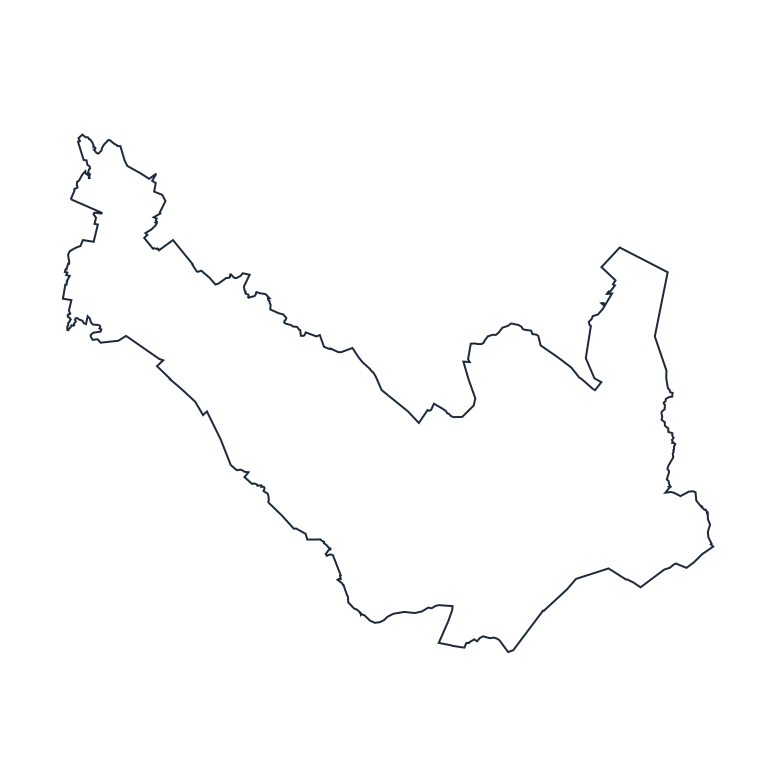 Apan, Hidalgo, Mexico, rotated 264°
{"feature_id": "50627088B34468221751825", "entity_name": "Apan", "entity_type": "district", "adm_level": 2, "iso_a3": "MEX", "parent_name": "Mexico", "parent_adm1": "Hidalgo", "projection": "natural_earth1", "projection_center": [-98.42, 19.732], "detail": "fine", "context": "isolated", "style": "outline", "palette": "slate", "viewbox_px": 768, "rotation_deg": 264, "n_neighbors": 0, "source": "geoboundaries", "source_scale": "gbopen_adm2", "svg_char_len": 6102}
<svg xmlns="http://www.w3.org/2000/svg" viewBox="0 0 768 768"><g transform="rotate(264 384 384)"><path d="M663.5,110.1L660.5,105.9L657.3,106.9L657.0,105.0L638.3,108.7L637.5,111.5L632.8,112.0L631.3,113.9L629.1,114.2L628.2,113.0L625.1,111.8L623.4,113.5L621.5,112.6L619.6,112.8L619.6,112.0L622.1,112.1L624.5,109.4L626.8,109.2L623.9,105.9L618.2,102.0L617.1,99.9L614.2,99.3L611.4,99.7L610.2,96.3L608.5,96.3L601.0,92.1L600.0,92.7L583.8,121.1L583.1,120.9L583.2,120.0L584.5,115.1L584.4,113.7L583.3,112.8L579.4,115.0L573.5,112.8L572.5,116.1L555.8,110.1L558.6,99.6L553.0,96.6L551.7,91.6L548.9,85.3L545.5,83.3L537.4,83.7L536.3,83.2L536.6,82.3L531.1,80.2L531.4,79.4L528.8,78.3L527.9,80.7L525.6,79.4L524.3,82.7L519.5,79.3L519.3,79.7L515.9,78.6L516.2,77.5L502.4,73.6L500.1,81.9L489.9,78.3L486.7,79.3L486.1,78.2L486.3,77.3L484.8,76.5L483.5,76.9L482.7,78.3L480.9,79.2L480.0,78.1L478.7,77.8L477.7,76.3L475.7,76.2L474.4,75.1L472.9,74.8L470.7,74.8L470.5,75.8L472.0,76.4L472.9,78.0L475.0,79.4L474.4,81.0L474.8,82.0L476.0,81.8L478.3,84.0L480.1,83.3L481.6,84.3L481.6,85.9L480.1,87.3L478.9,89.9L477.9,90.9L475.6,92.0L474.8,93.9L482.3,96.4L479.9,98.3L476.1,98.9L474.1,100.3L473.4,101.1L472.8,105.3L472.0,107.2L470.7,107.9L469.0,106.8L467.8,108.6L465.7,107.6L465.4,100.2L463.4,97.4L461.8,97.3L458.4,98.8L458.4,103.9L454.7,106.5L454.8,124.4L458.8,132.5L432.4,163.1L430.6,166.9L425.5,160.1L411.4,171.9L411.2,171.6L399.6,182.6L386.1,194.4L372.0,200.8L375.2,205.0L345.9,215.8L319.5,223.1L313.7,228.5L313.8,232.4L312.8,234.4L311.4,235.8L310.4,240.0L306.0,235.5L298.4,242.4L298.7,243.8L298.1,245.9L297.2,247.3L296.0,247.5L296.1,251.3L294.4,251.2L294.7,252.5L293.9,254.1L292.5,254.2L290.1,253.0L287.1,256.8L284.5,257.4L280.6,257.3L278.9,256.6L277.7,257.1L263.5,269.0L249.5,279.2L249.5,281.4L243.2,290.4L237.3,291.4L236.0,304.7L234.7,305.6L233.2,308.0L232.0,307.6L230.0,309.9L226.8,312.0L226.1,313.5L225.2,313.6L224.6,311.5L220.9,308.3L219.1,309.2L220.0,311.7L219.9,313.5L219.1,315.3L198.2,321.0L197.9,320.2L194.5,320.6L194.7,318.3L194.1,317.3L190.2,321.5L188.4,322.2L188.4,322.7L178.0,325.1L176.6,325.9L170.6,325.6L163.8,330.8L162.6,333.3L159.4,336.3L158.9,336.1L158.3,336.9L157.1,336.9L157.8,337.6L156.9,338.2L156.1,340.3L150.1,345.4L147.4,350.1L147.6,355.2L149.2,359.4L152.1,363.1L154.5,369.2L155.2,380.3L153.0,390.6L153.8,397.8L157.0,404.7L156.0,407.9L158.0,412.4L158.3,415.7L155.9,429.0L152.0,428.2L141.5,423.2L120.8,411.4L117.0,423.8L116.5,424.4L113.4,436.4L117.9,438.9L117.5,441.3L118.2,441.8L120.6,447.1L118.4,449.6L121.3,452.7L122.7,456.1L120.1,462.8L120.3,466.9L118.8,470.0L117.1,472.0L104.5,479.4L105.7,484.7L142.0,518.5L141.7,519.2L160.6,544.5L170.1,554.6L177.1,588.0L164.3,604.2L164.2,605.4L160.6,611.2L155.0,617.9L170.1,643.2L171.4,649.1L174.4,653.7L174.9,655.6L169.6,665.4L169.7,665.9L174.2,673.5L181.5,682.6L187.9,694.4L190.4,692.3L190.9,693.1L197.6,690.6L203.0,690.6L210.1,693.6L215.6,692.0L222.1,692.5L221.8,691.7L223.6,691.7L225.5,690.6L225.3,689.6L228.2,687.1L228.7,687.6L229.5,686.8L229.2,686.4L235.4,682.4L243.7,682.5L245.0,680.2L245.1,675.9L241.5,667.1L245.5,661.1L246.6,658.3L246.5,652.5L251.3,657.3L251.9,656.7L252.0,658.3L254.0,657.3L257.9,656.8L259.5,655.3L266.6,658.3L267.9,658.3L269.4,657.1L270.1,657.1L273.0,658.3L280.8,664.0L284.6,663.9L286.5,665.1L287.9,664.7L288.8,665.6L291.8,666.0L293.8,667.4L294.8,666.5L295.4,664.5L296.4,665.2L298.2,664.5L300.2,666.4L302.6,665.3L304.9,665.7L306.7,661.7L310.0,662.1L313.1,659.0L316.6,659.3L319.4,656.4L322.6,657.3L326.2,656.9L327.5,657.4L329.6,660.5L334.1,661.2L335.2,660.2L336.1,660.2L337.5,662.2L339.7,662.7L341.2,666.2L341.3,669.3L345.0,670.1L345.9,667.8L348.2,667.4L350.3,665.9L360.2,665.3L367.8,666.3L403.0,658.3L465.5,677.8L495.1,632.7L477.5,612.5L462.9,625.1L459.2,622.1L457.9,624.0L451.9,618.3L452.6,617.1L450.3,615.1L450.1,620.2L440.1,612.7L441.7,610.5L441.6,608.7L438.6,611.6L435.7,609.4L430.7,603.9L429.7,598.7L426.8,597.2L424.4,594.2L420.9,594.7L420.1,595.8L388.6,587.4L367.6,593.9L363.1,600.3L355.8,593.3L357.5,591.0L368.7,580.7L369.8,579.0L380.8,572.0L392.1,560.0L406.0,543.8L415.6,542.5L417.1,540.8L418.2,536.8L421.7,535.9L423.3,529.3L424.3,527.6L426.3,527.0L428.6,524.0L430.9,516.8L428.9,513.4L427.6,507.6L423.4,503.7L421.1,500.4L421.6,497.3L420.5,492.1L416.0,488.1L414.7,487.5L413.5,485.0L413.9,481.5L414.8,478.7L415.0,474.5L399.9,470.2L396.8,471.5L398.0,465.3L380.7,468.4L360.1,473.3L353.3,471.0L343.1,458.4L343.8,449.5L345.2,447.2L347.7,445.3L348.3,443.7L350.3,443.0L353.1,439.9L359.2,431.6L353.4,428.2L352.6,426.2L353.5,424.6L341.6,414.6L354.3,404.9L378.2,381.0L392.2,376.6L396.7,374.5L397.6,373.3L400.8,371.3L407.8,365.0L413.0,361.6L423.1,356.4L420.1,344.5L420.6,341.7L424.8,334.6L424.3,334.5L424.9,332.6L427.3,328.2L439.4,325.3L438.4,321.7L443.5,311.6L440.7,309.9L440.3,308.6L440.7,306.4L446.3,306.3L446.5,305.6L449.8,303.6L450.8,299.3L452.3,297.8L454.2,292.8L455.5,291.1L457.5,291.8L457.9,292.8L459.8,293.8L463.8,291.0L465.3,286.8L470.0,278.7L474.9,279.5L476.7,278.7L478.2,278.9L479.6,277.7L481.3,277.5L481.2,279.1L485.7,275.7L487.5,269.3L488.7,267.2L488.5,266.4L486.8,266.0L485.0,264.5L484.0,258.3L484.6,257.9L485.2,258.7L487.1,258.4L488.0,256.2L489.2,255.5L490.1,256.1L491.4,255.1L495.5,254.8L506.7,261.8L508.9,255.1L506.5,252.7L504.7,247.9L505.5,245.9L509.1,243.1L509.0,242.5L506.3,241.9L505.9,241.2L505.9,238.2L501.3,230.1L500.5,226.8L507.8,221.7L515.8,214.1L515.1,211.1L515.3,209.7L522.6,205.9L523.0,206.3L549.2,189.2L540.5,174.2L541.5,174.0L542.4,172.9L541.8,172.2L542.5,171.4L543.0,169.6L542.6,168.5L554.3,160.8L557.0,164.2L559.0,162.5L562.0,168.8L565.4,173.2L567.6,174.8L568.5,173.6L569.1,175.0L570.3,174.1L572.4,175.2L573.9,172.4L577.0,179.5L578.1,179.0L588.8,185.8L595.3,183.2L599.4,175.5L607.7,178.0L610.3,174.7L617.0,179.5L612.6,171.9L618.7,164.3L627.7,151.5L633.4,149.4L648.1,146.7L648.5,143.7L649.5,143.3L651.1,140.8L655.0,137.0L655.5,135.5L651.4,130.6L647.9,128.0L645.9,127.6L643.1,124.2L643.1,123.3L644.2,122.0L647.5,120.0L647.6,120.9L648.7,121.7L650.2,120.4L650.3,119.7L651.5,120.0L653.9,119.5L657.7,117.6L658.4,116.2L659.9,115.7L660.4,115.0L660.6,113.0L663.5,110.1Z" fill="none" stroke="#1e293b" stroke-width="2"/></g></svg>